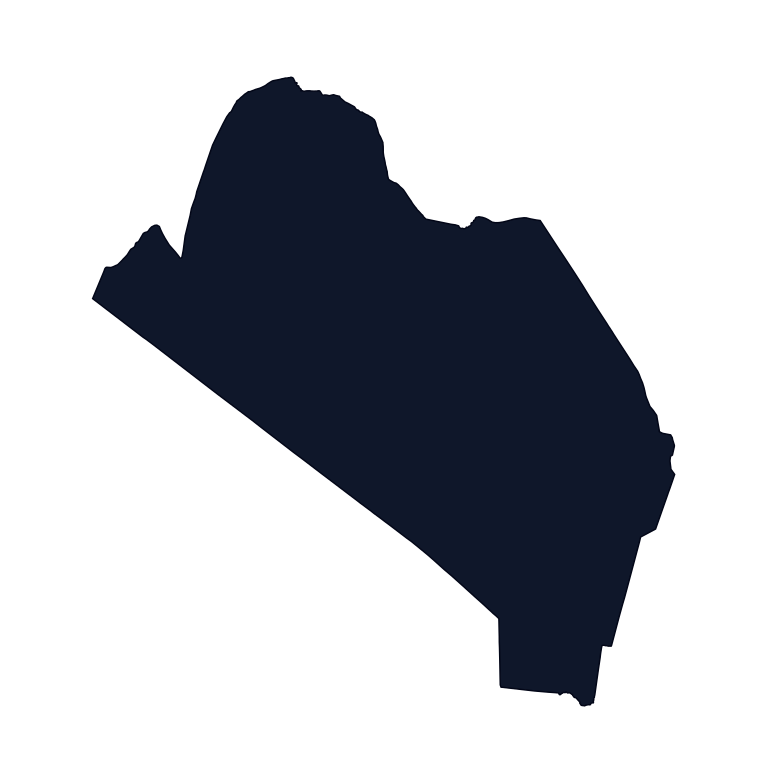 Kajiado South, Rift Valley, Kenya, rotated 8°
{"feature_id": "3690345B92214929535535", "entity_name": "Kajiado South", "entity_type": "district", "adm_level": 2, "iso_a3": "KEN", "parent_name": "Kenya", "parent_adm1": "Rift Valley", "projection": "mercator", "projection_center": [37.518, -2.686], "detail": "fine", "context": "isolated", "style": "filled", "palette": "ink", "viewbox_px": 768, "rotation_deg": 8, "n_neighbors": 0, "source": "geoboundaries", "source_scale": "gbopen_adm2", "svg_char_len": 6132}
<svg xmlns="http://www.w3.org/2000/svg" viewBox="0 0 768 768"><g transform="rotate(8 384 384)"><path d="M83.6,340.0L139.1,371.3L141.6,372.5L148.4,376.2L221.3,417.6L257.8,437.9L268.7,444.2L304.0,464.3L313.5,469.5L335.7,482.0L375.1,504.0L377.1,505.2L387.6,510.9L392.6,513.8L398.0,516.7L404.8,520.5L408.7,522.6L427.0,532.9L427.5,533.2L433.0,536.1L437.3,538.7L444.2,542.9L450.1,546.5L456.3,550.5L469.7,559.5L477.0,564.1L488.5,571.8L504.1,582.4L511.6,587.4L519.4,592.8L521.8,594.4L524.0,596.0L527.2,598.0L530.4,600.3L530.9,603.2L532.3,611.9L533.3,618.0L534.1,623.5L535.1,629.1L537.0,640.7L537.8,645.6L539.6,657.0L540.4,662.0L541.0,665.8L542.1,667.9L575.9,667.0L588.9,666.3L596.2,665.8L599.9,665.6L600.3,666.4L600.9,667.1L601.4,667.2L601.9,667.0L602.3,666.6L602.7,666.0L603.3,665.4L603.8,665.3L604.3,664.6L605.0,664.4L606.3,664.4L606.7,663.9L607.2,663.5L607.7,663.7L608.0,664.1L608.5,664.2L609.1,664.4L609.6,664.1L610.0,664.1L610.6,663.9L611.9,664.4L613.1,665.1L613.9,665.3L614.1,665.9L614.4,666.3L615.6,667.3L615.9,667.8L616.5,667.9L617.1,667.9L617.7,668.0L618.7,668.7L619.8,669.8L620.9,670.5L621.2,670.9L622.1,671.7L622.3,672.1L622.4,672.9L623.5,674.1L624.0,674.7L625.2,674.8L626.1,674.7L627.2,674.8L627.8,674.6L628.4,674.0L629.0,673.9L629.4,673.6L630.0,673.5L630.6,673.2L632.5,673.0L633.1,672.7L633.1,672.1L633.3,671.4L634.7,670.7L635.5,670.7L635.7,670.3L635.7,669.8L635.2,669.0L635.6,668.4L635.5,668.0L635.7,667.5L635.4,667.1L635.5,666.3L635.5,665.7L635.9,665.1L635.8,664.6L635.9,663.7L636.0,662.4L636.0,636.9L636.1,624.9L636.0,620.8L636.1,614.7L636.3,612.7L636.8,612.3L638.1,612.1L638.6,612.1L639.6,612.3L640.8,612.1L642.2,612.3L643.4,612.3L643.9,612.0L644.4,612.1L645.5,611.9L645.7,611.2L649.2,581.9L650.9,569.0L651.9,562.2L653.0,553.4L658.9,505.0L659.4,499.8L673.1,489.8L673.5,487.8L677.6,467.3L680.2,454.4L680.6,452.2L681.6,447.6L683.0,440.5L684.4,433.1L680.0,428.5L679.4,426.1L677.9,420.5L677.8,418.8L677.8,416.4L677.9,415.5L679.0,414.7L679.5,414.2L679.6,412.9L679.8,410.4L680.2,405.6L680.1,404.4L677.5,398.8L676.9,397.0L676.1,396.0L674.9,394.5L666.9,394.1L665.2,393.6L663.3,392.8L662.9,391.2L661.1,385.7L659.4,380.4L658.6,377.8L658.3,377.1L654.3,372.7L650.5,369.3L645.7,360.9L644.7,358.8L643.1,354.4L641.9,351.3L639.8,346.8L637.4,342.9L635.4,339.2L633.5,336.2L628.8,331.0L624.1,325.3L608.7,307.6L605.5,303.9L604.7,303.0L602.5,300.3L601.4,299.1L599.8,297.2L598.3,295.6L596.5,293.4L584.9,280.1L574.9,268.4L566.9,258.7L557.1,247.3L545.0,233.5L537.7,225.3L515.9,200.4L511.7,200.4L505.8,200.1L502.0,199.7L499.6,199.9L494.9,201.1L489.9,202.6L484.9,204.8L479.4,207.0L475.4,208.2L471.8,208.8L468.6,208.7L464.0,206.7L461.2,205.8L458.4,205.3L454.7,205.2L454.3,205.4L453.8,205.5L453.4,205.8L452.6,205.9L451.8,206.6L451.5,207.3L451.2,209.0L450.5,209.3L450.1,209.7L450.1,210.4L449.9,211.1L449.4,211.6L448.2,212.3L447.9,212.7L448.1,214.2L447.8,215.0L447.5,215.4L446.7,215.7L446.1,216.1L445.9,216.7L445.7,217.2L445.0,217.3L444.3,217.1L443.7,217.3L443.5,218.0L443.1,218.5L441.8,219.2L441.3,219.2L440.7,219.0L440.0,218.9L438.8,219.3L438.2,219.2L437.8,219.1L436.8,218.3L436.4,217.9L436.2,217.4L435.8,217.0L432.5,216.5L428.1,216.5L402.4,214.9L400.6,213.4L400.0,213.1L399.5,212.7L399.1,211.8L398.6,211.4L397.6,210.8L394.0,207.8L392.9,207.1L391.1,205.1L390.1,204.3L387.8,202.0L386.7,200.8L385.3,199.0L384.3,198.0L381.0,194.4L378.5,191.5L376.3,189.1L375.7,188.6L374.6,187.8L372.1,186.2L370.6,184.9L368.4,183.6L367.8,183.4L365.9,183.2L363.8,182.4L360.9,181.2L359.7,180.2L359.4,179.2L358.8,177.8L358.3,176.3L357.5,173.0L356.8,171.5L355.8,168.7L355.1,167.2L354.6,165.8L354.2,164.3L353.2,161.5L352.1,158.6L351.2,155.5L350.9,154.1L350.8,153.2L350.1,148.8L349.7,147.1L349.4,145.8L349.3,145.1L348.9,144.4L346.6,140.6L345.8,139.4L344.3,137.5L343.8,136.6L343.0,134.9L342.4,133.2L341.7,131.7L340.7,129.9L339.5,126.8L339.1,126.1L338.4,124.8L337.6,123.7L336.3,122.9L334.9,122.0L334.3,121.8L333.5,121.4L332.3,121.0L330.9,120.2L328.6,119.6L327.0,119.0L325.1,118.2L324.5,117.8L323.6,118.0L323.1,118.0L322.5,117.9L321.6,117.4L321.0,116.8L320.4,116.4L319.0,116.2L318.5,116.0L318.0,115.7L316.2,113.7L309.4,111.1L306.1,110.1L301.1,106.9L299.9,105.3L296.2,105.0L295.0,104.8L294.2,104.6L293.7,104.6L292.3,105.1L289.9,106.1L289.4,106.1L287.0,105.9L285.4,106.0L284.8,106.1L284.2,106.4L283.4,106.5L283.0,106.5L282.6,106.3L282.2,105.8L281.3,104.7L279.8,103.0L279.3,102.7L278.1,102.8L276.2,103.4L275.3,103.5L274.3,103.7L272.5,103.9L271.4,104.0L269.7,104.0L268.9,104.1L266.5,104.5L265.8,104.7L265.0,105.0L264.3,105.2L263.9,105.3L263.2,105.2L262.6,105.0L260.9,105.1L261.1,104.2L260.8,103.7L259.8,103.0L259.1,102.6L258.7,102.3L258.2,101.0L257.8,100.7L256.4,100.7L256.0,100.3L255.8,99.7L256.0,98.2L255.7,97.8L255.2,97.8L254.8,98.2L254.2,98.3L253.9,97.8L253.8,97.3L253.6,96.8L252.7,95.5L252.0,94.4L251.5,93.8L250.8,93.4L249.7,93.2L249.1,93.2L248.4,93.6L247.6,93.9L246.8,94.0L245.6,94.5L243.7,94.8L242.3,95.4L241.7,95.6L240.2,96.1L238.2,97.0L232.6,98.9L231.4,99.4L230.4,100.1L228.7,101.5L227.4,102.6L225.1,104.9L223.7,105.9L221.0,107.7L219.8,108.4L215.8,110.2L214.0,111.3L212.6,112.0L210.6,113.1L210.1,113.2L209.1,113.4L208.7,113.7L207.3,115.1L206.2,116.0L205.6,116.6L203.6,119.0L202.6,120.0L200.9,122.3L199.1,124.0L198.8,124.5L198.5,125.9L198.3,126.5L197.5,128.0L196.4,130.8L195.1,134.8L194.5,135.9L193.9,136.5L193.4,136.9L191.1,141.3L188.3,149.0L183.5,163.5L181.0,171.4L176.9,192.9L176.1,197.5L175.8,198.6L171.8,219.7L171.7,221.9L171.2,226.4L170.2,230.8L168.9,237.2L168.6,244.0L166.8,262.1L166.5,264.9L166.6,279.8L166.3,285.9L166.1,286.8L166.0,287.4L165.2,287.7L164.3,287.5L162.4,285.5L159.0,282.3L152.0,276.3L146.8,270.1L143.6,265.8L141.4,262.4L139.6,259.3L137.0,258.3L134.9,258.8L132.0,260.8L130.3,263.2L129.5,265.0L128.4,266.3L126.1,267.3L124.7,268.4L121.5,276.3L120.9,277.4L120.3,277.8L119.7,278.1L119.3,278.4L118.7,279.0L118.4,279.8L118.3,281.2L118.1,282.2L117.6,283.3L114.5,285.9L113.3,288.4L111.9,291.6L111.2,292.7L109.8,294.7L108.2,296.8L107.6,297.8L104.0,302.6L103.6,303.0L103.2,303.3L102.1,303.9L99.5,305.6L97.5,306.6L97.0,306.7L93.1,307.0L92.5,307.3L92.1,307.8L91.7,308.4L91.5,309.0L91.0,311.5L83.6,340.0Z" fill="#0f172a" stroke="#020617" stroke-width="1.5"/></g></svg>